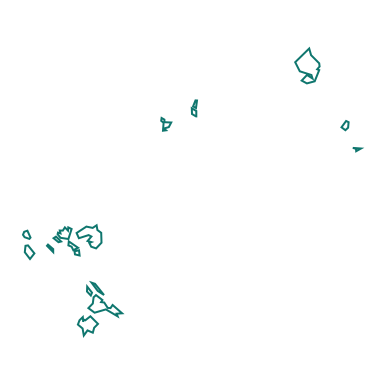 the border of Kepulauan Riau
{"feature_id": "IDN-1796", "entity_name": "Kepulauan Riau", "entity_type": "Province", "adm_level": 1, "iso_a3": "IDN", "parent_name": "Indonesia", "parent_adm1": "", "projection": "albers", "projection_center": [105.285, 2.055], "detail": "medium", "context": "isolated", "style": "outline", "palette": "teal", "viewbox_px": 384, "rotation_deg": 0, "n_neighbors": 0, "source": "natural_earth", "source_scale": "10m", "svg_char_len": 1842}
<svg xmlns="http://www.w3.org/2000/svg" viewBox="0 0 384 384"><path d="M319.2,70.1L314.7,81.3L306.9,83.4L301.7,80.6L307.0,75.0L312.5,78.5L311.4,75.0L299.8,71.3L295.2,62.2L309.2,48.5L311.1,55.2L319.2,63.3L319.6,66.5L317.2,69.3L319.2,70.1ZM101.2,232.8L101.5,242.7L96.1,248.4L91.2,246.7L89.3,243.0L91.4,242.1L87.6,241.0L91.4,236.5L88.6,235.1L78.9,238.2L76.6,233.0L86.4,226.6L92.7,227.9L96.6,225.3L97.4,230.0L101.2,232.8ZM112.6,305.0L122.1,313.3L116.6,313.7L117.6,316.3L105.9,309.4L94.6,312.7L88.4,308.1L92.8,303.5L93.6,297.3L96.0,295.1L102.4,300.0L101.1,302.1L104.2,302.5L107.7,307.9L110.5,308.1L112.6,305.0ZM90.4,316.3L98.0,323.9L94.2,327.7L92.8,332.7L87.5,330.4L83.8,335.5L82.6,328.5L77.9,324.6L79.5,320.3L82.8,317.1L83.2,321.9L83.6,319.5L85.3,320.3L90.4,316.3ZM71.6,229.0L68.4,239.0L60.5,237.8L57.6,234.2L58.0,232.6L60.5,233.4L59.8,230.5L62.8,230.6L64.9,227.4L68.0,230.6L68.3,227.4L71.6,229.0ZM28.0,245.4L34.4,253.4L30.0,259.0L24.8,252.2L25.5,245.8L28.0,245.4ZM164.5,122.2L171.2,122.5L168.8,127.1L164.0,128.5L166.0,130.3L163.0,130.7L163.6,122.8L161.2,120.8L161.6,118.0L164.4,119.6L164.5,122.2ZM68.8,241.4L78.1,247.8L73.3,250.2L71.6,246.7L68.4,245.4L68.8,241.4ZM30.5,237.6L29.4,238.9L24.6,237.2L23.0,234.8L24.2,231.8L27.4,230.7L30.5,237.6ZM95.0,283.8L104.0,295.0L97.7,290.9L91.6,282.7L95.0,283.8ZM341.5,127.3L346.1,121.0L348.6,122.2L348.1,127.7L345.4,130.2L341.5,127.3ZM196.3,111.0L196.3,116.4L196.0,116.4L192.0,114.0L191.8,108.3L196.3,111.0ZM48.0,244.6L53.2,249.1L53.2,252.1L47.0,245.8L48.0,244.6ZM56.0,236.6L61.1,241.5L58.5,242.2L53.6,238.2L56.0,236.6ZM79.6,255.5L75.0,254.4L74.5,251.3L79.0,250.3L79.6,255.5ZM92.0,292.7L90.8,295.5L87.0,291.5L87.2,286.6L92.0,292.7ZM361.0,148.5L356.2,151.2L356.0,148.8L352.8,147.9L361.0,148.5ZM195.5,100.4L197.0,100.5L196.0,108.0L193.1,106.4L195.5,100.4Z" fill="none" stroke="#0f766e" stroke-width="2"/></svg>